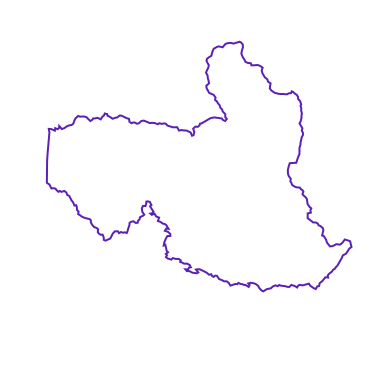 Cerro Azul, Paraná, Brazil, rotated 342°
{"feature_id": "56859067B8316714109518", "entity_name": "Cerro Azul", "entity_type": "district", "adm_level": 2, "iso_a3": "BRA", "parent_name": "Brazil", "parent_adm1": "Paraná", "projection": "robinson", "projection_center": [-49.28, -24.885], "detail": "fine", "context": "isolated", "style": "outline", "palette": "violet", "viewbox_px": 384, "rotation_deg": 342, "n_neighbors": 0, "source": "geoboundaries", "source_scale": "gbopen_adm2", "svg_char_len": 5427}
<svg xmlns="http://www.w3.org/2000/svg" viewBox="0 0 384 384"><g transform="rotate(342 192 192)"><path d="M244.2,80.5L242.2,82.8L242.8,85.9L242.2,88.8L242.2,90.8L241.8,93.9L238.4,95.4L238.0,98.0L239.0,103.1L242.6,106.3L243.6,109.3L242.4,111.6L243.7,113.6L244.1,115.8L245.1,118.0L245.0,120.7L246.2,122.9L246.0,124.7L247.7,128.3L246.8,131.1L247.7,133.3L245.5,134.7L243.7,133.1L243.1,131.3L236.4,128.0L232.9,127.5L230.4,127.9L222.5,129.7L220.7,129.5L219.8,130.9L217.7,131.8L215.4,130.9L212.7,132.1L212.7,135.9L211.0,138.4L209.4,138.5L209.1,135.0L207.2,133.2L206.0,132.0L202.7,130.7L201.1,129.8L198.6,129.6L197.9,125.8L195.9,125.2L193.6,124.5L192.2,123.3L190.4,122.2L189.0,121.0L188.3,119.0L186.4,118.1L184.1,117.8L182.2,116.5L180.5,117.0L177.5,114.7L175.2,113.8L173.2,113.5L171.8,112.2L169.8,110.5L168.2,109.2L165.9,108.8L162.3,110.3L160.5,109.9L159.4,108.5L157.7,107.7L155.7,107.9L154.2,105.9L154.7,103.0L152.7,101.6L150.4,99.4L148.8,97.8L146.7,96.9L144.0,98.0L142.4,97.7L139.1,97.8L137.8,96.0L136.7,94.7L135.2,93.4L135.4,91.7L133.3,90.4L131.8,92.1L129.9,92.8L127.6,94.7L126.4,93.5L124.9,92.2L122.9,92.1L120.6,91.5L119.3,92.6L117.3,93.1L116.0,90.8L114.9,88.4L113.2,87.1L110.7,86.2L108.7,85.7L107.2,84.5L104.0,85.9L101.8,88.2L100.4,90.2L98.2,91.1L96.2,90.7L93.5,90.8L90.4,91.8L87.6,91.9L86.9,89.9L86.1,88.2L85.3,90.1L83.5,90.8L81.7,89.0L80.5,91.3L78.9,89.8L77.3,88.5L75.3,87.7L74.8,91.3L66.7,110.4L63.8,117.7L56.8,138.4L58.7,140.8L59.4,145.2L61.2,145.5L63.2,146.6L64.0,148.8L65.1,150.6L66.6,150.1L68.0,151.6L70.9,151.5L72.3,153.6L72.5,156.4L74.0,157.7L74.5,160.7L74.8,162.7L75.7,165.0L76.0,168.6L77.8,168.8L77.8,170.8L77.1,173.6L78.1,175.6L76.9,177.8L78.4,179.6L79.6,181.3L81.0,182.7L83.4,184.4L86.1,186.0L87.1,187.5L86.4,189.7L87.0,192.4L88.0,195.0L90.0,196.6L91.2,198.4L90.0,201.0L90.7,203.1L92.2,204.6L93.8,204.9L94.0,208.0L93.3,210.2L94.6,211.5L96.6,211.3L99.9,211.0L103.9,207.0L106.5,205.6L109.4,206.5L109.9,208.6L112.1,208.1L113.7,209.4L115.8,209.6L117.2,210.9L118.4,209.6L120.1,207.0L122.3,204.1L123.1,202.0L124.9,201.5L127.2,201.7L128.9,204.0L130.8,204.5L131.7,202.8L133.6,201.8L134.8,199.9L138.2,199.4L139.6,198.8L138.6,195.5L139.3,191.9L141.2,190.1L143.4,191.0L144.6,189.3L145.7,187.0L147.2,187.3L148.8,188.4L149.4,191.9L147.7,192.6L148.6,196.3L149.3,198.7L147.7,199.9L145.8,199.7L146.7,201.3L149.7,201.0L150.3,204.1L152.8,206.2L150.6,209.1L152.8,210.7L154.3,212.9L156.3,214.1L157.4,215.8L158.3,219.8L156.3,218.8L154.2,220.5L156.9,222.5L158.4,225.3L157.8,227.1L154.9,226.3L152.5,228.5L150.1,231.3L148.6,234.1L150.3,233.9L150.1,236.0L149.9,238.5L149.7,240.3L150.6,241.9L148.0,242.8L148.7,244.4L147.1,245.8L148.4,247.8L151.5,249.9L153.3,248.9L156.0,250.7L158.6,251.5L160.2,253.5L159.2,254.9L160.9,256.1L162.3,257.7L165.2,258.6L167.2,260.7L167.6,263.2L165.7,263.0L164.3,264.4L161.8,263.5L162.7,265.7L164.8,266.2L166.0,267.4L167.4,268.8L171.4,270.8L173.1,270.5L171.8,267.0L173.5,267.2L175.6,268.0L179.3,271.5L181.1,273.4L182.6,275.9L184.9,276.2L185.1,278.0L186.3,279.4L188.1,278.7L189.8,279.4L190.9,283.2L193.1,284.9L194.8,286.8L197.4,287.7L198.8,289.7L199.6,292.9L202.1,292.9L204.7,292.8L206.6,293.7L208.0,292.8L209.6,294.3L211.3,295.2L212.5,296.3L214.1,296.9L216.6,299.8L218.1,298.2L217.3,296.4L219.5,296.4L221.5,297.3L222.9,298.2L224.3,299.3L226.0,301.9L226.3,304.0L227.5,306.8L229.0,308.5L233.3,307.5L237.2,308.0L239.8,306.8L242.6,306.6L244.5,308.1L246.2,307.4L247.5,308.5L251.6,310.4L253.4,311.7L255.3,312.4L257.8,311.1L260.6,313.1L262.5,315.3L264.0,313.9L265.7,313.6L268.3,315.0L274.9,315.3L275.4,317.5L277.9,320.9L279.7,322.5L281.9,320.5L283.8,320.7L285.3,318.1L288.6,316.9L292.4,314.3L295.0,315.4L295.2,313.4L297.2,312.1L299.0,311.4L300.4,311.0L302.1,309.6L304.2,309.1L305.5,308.0L307.5,307.0L314.1,301.0L315.9,298.9L319.5,298.2L321.2,296.8L324.2,294.4L326.7,293.6L326.9,290.6L327.2,287.8L325.3,286.2L322.6,284.4L319.5,286.7L316.4,287.8L313.1,286.2L309.1,286.9L306.4,286.4L304.7,281.8L304.8,278.8L303.7,274.5L302.3,273.6L305.2,268.8L305.3,266.8L303.6,264.0L302.1,262.8L301.9,261.0L300.4,259.3L297.7,258.3L296.8,256.8L293.9,252.7L295.4,248.1L298.6,248.4L299.0,245.9L300.4,244.4L299.3,242.8L298.2,239.0L298.8,236.1L299.1,234.2L298.3,231.7L297.0,229.8L296.4,228.1L298.1,226.0L297.6,224.3L296.5,223.1L296.0,221.2L293.2,220.0L291.8,219.1L289.4,216.3L289.4,214.3L288.8,212.3L290.0,210.1L288.9,206.5L289.0,203.9L290.0,200.6L292.3,196.9L293.9,194.8L300.2,196.4L301.9,194.0L304.0,191.3L305.8,189.3L306.8,186.6L307.7,183.5L309.7,180.6L310.6,178.4L313.3,173.8L315.2,172.0L315.8,169.8L315.4,167.5L316.7,165.5L316.1,162.7L315.4,160.2L317.1,158.4L319.2,155.1L319.7,153.2L320.7,151.5L321.0,148.2L321.8,146.2L321.8,143.7L322.9,142.5L322.9,140.6L322.9,138.8L321.7,136.5L322.2,134.2L321.7,132.1L320.1,130.0L319.2,128.2L318.0,127.1L316.7,128.6L314.3,128.0L312.8,128.5L311.1,127.9L308.6,126.8L306.5,126.2L304.4,125.2L301.4,123.3L298.8,120.0L298.0,117.6L298.8,115.8L300.3,113.0L298.4,110.5L298.5,108.2L296.7,105.4L296.3,103.6L295.7,101.1L295.8,98.0L297.6,95.6L295.7,93.1L293.7,91.5L290.6,90.8L287.7,89.9L287.7,87.7L285.1,86.6L283.1,84.8L282.7,82.1L282.0,79.7L281.7,75.7L282.8,73.5L285.1,70.2L285.9,67.5L284.9,65.0L283.7,63.8L282.1,63.8L280.2,63.7L277.3,63.7L275.9,62.7L274.0,61.8L271.6,61.5L269.7,61.5L267.3,62.9L265.9,63.8L264.5,63.0L262.5,61.8L260.6,61.7L256.9,62.5L255.1,64.5L253.9,66.1L252.6,68.4L249.8,69.1L247.3,70.0L246.4,71.6L246.6,73.8L247.2,76.6L245.7,79.1L244.2,80.5Z" fill="none" stroke="#5b21b6" stroke-width="2"/></g></svg>